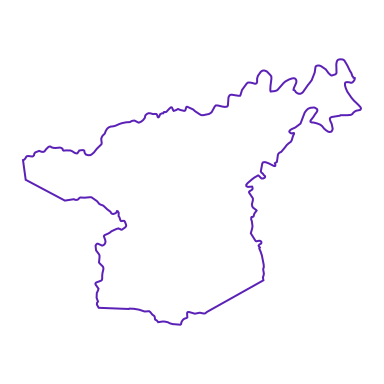 Humuya, Comayagua, Honduras (Albers equal-area conic projection)
{"feature_id": "27666195B63492556097189", "entity_name": "Humuya", "entity_type": "district", "adm_level": 2, "iso_a3": "HND", "parent_name": "Honduras", "parent_adm1": "Comayagua", "projection": "albers", "projection_center": [-87.701, 14.223], "detail": "fine", "context": "isolated", "style": "outline", "palette": "violet", "viewbox_px": 384, "rotation_deg": 0, "n_neighbors": 0, "source": "geoboundaries", "source_scale": "gbopen_adm2", "svg_char_len": 5944}
<svg xmlns="http://www.w3.org/2000/svg" viewBox="0 0 384 384"><path d="M263.4,280.3L262.9,277.3L263.5,275.7L263.9,273.7L263.2,269.6L263.3,268.5L263.8,267.3L263.7,264.7L261.9,255.5L260.6,251.6L259.3,248.6L259.9,247.4L258.9,246.6L258.6,245.6L259.3,244.6L261.1,243.5L261.4,242.8L261.4,242.1L260.9,241.3L259.9,240.8L258.9,240.8L256.3,241.3L255.7,241.0L255.1,240.2L250.8,233.3L252.2,228.3L252.5,226.1L251.8,221.0L251.2,219.5L251.3,217.4L251.6,217.0L252.6,216.9L253.5,216.5L254.4,213.5L256.6,210.6L256.3,210.1L253.1,207.7L252.3,206.5L251.9,204.3L252.9,200.2L252.9,198.7L252.6,197.9L249.3,193.0L249.0,192.2L249.1,191.8L249.6,191.2L251.5,190.1L252.4,189.3L252.6,188.3L252.3,186.9L252.1,186.6L251.8,186.6L248.4,186.9L247.2,186.7L246.3,186.0L246.3,184.7L247.6,183.1L252.2,179.2L254.3,177.6L258.1,175.4L258.6,175.6L261.1,178.1L261.7,178.5L263.4,178.4L264.8,177.6L265.1,176.8L265.0,176.1L263.9,175.2L262.7,173.5L261.4,172.6L260.8,171.4L262.3,163.4L263.0,162.4L264.3,162.1L265.9,162.3L268.8,163.4L273.7,165.9L274.7,166.1L275.2,165.9L275.4,164.9L274.9,163.2L276.9,161.9L277.9,154.9L278.3,153.9L279.3,152.8L281.3,151.8L285.0,147.4L286.7,145.1L288.7,143.3L290.8,141.8L291.7,140.3L293.1,135.7L294.0,134.0L294.0,133.3L293.8,133.0L291.5,133.4L290.8,133.2L289.5,132.1L289.3,131.5L289.5,130.9L290.1,130.2L291.5,129.2L295.3,127.5L300.5,123.6L304.7,112.6L306.3,110.4L308.0,108.8L310.4,107.8L313.9,107.5L314.8,107.7L316.2,108.5L317.0,109.1L317.3,109.8L317.3,110.9L316.5,112.4L315.3,113.9L313.1,117.3L310.7,120.3L310.4,121.1L310.6,121.9L311.5,122.4L313.9,122.6L317.3,123.5L320.3,124.7L322.0,126.0L324.2,128.7L326.2,130.4L328.2,131.7L329.5,132.0L330.8,131.8L331.5,131.5L332.2,130.3L332.7,128.8L331.7,124.0L330.4,121.2L329.9,119.5L329.9,118.4L330.5,117.6L331.8,117.0L339.9,115.7L340.5,115.2L347.3,115.2L350.7,114.9L352.3,114.1L353.4,112.6L355.4,111.1L356.4,110.7L359.9,110.0L360.6,109.5L361.0,108.4L360.5,107.2L358.5,105.0L353.8,100.5L351.5,97.8L347.2,91.5L345.7,87.9L345.0,85.4L345.0,83.5L345.3,82.6L346.2,82.2L347.3,82.1L349.3,82.3L350.9,82.8L351.8,82.7L353.0,81.9L354.1,80.5L354.6,79.6L354.8,78.1L353.5,77.8L353.3,77.1L352.5,76.4L351.2,72.8L350.1,71.2L347.4,65.6L344.5,60.7L343.5,59.8L342.2,59.4L340.0,59.3L338.3,59.7L337.3,60.5L336.7,62.0L336.3,64.2L336.5,72.3L336.4,73.2L335.5,74.3L332.5,75.3L331.4,75.5L330.7,75.1L328.5,73.1L325.8,69.4L321.1,66.2L319.6,65.6L318.2,65.5L317.2,65.6L316.0,66.2L315.5,66.9L314.7,72.5L311.7,80.2L309.9,82.6L307.8,85.2L302.9,92.2L301.9,93.0L300.6,93.7L298.9,93.8L297.3,93.2L295.9,92.2L294.8,90.5L293.5,89.9L293.8,88.2L296.1,83.1L296.4,81.7L296.3,80.3L295.7,79.2L294.9,78.5L293.8,78.2L291.8,78.5L289.0,79.5L285.3,81.5L283.5,83.1L277.9,89.5L276.7,90.5L274.7,91.1L270.7,91.5L270.4,90.8L270.3,89.2L270.5,85.8L271.4,78.9L271.3,76.4L270.4,75.1L266.9,71.5L264.8,70.6L263.2,70.5L261.8,71.0L260.7,71.9L257.9,75.9L257.1,78.6L257.1,81.9L256.8,82.8L256.4,83.4L255.1,83.8L252.4,83.0L250.4,82.6L248.6,82.5L247.7,82.7L246.5,83.8L242.0,90.0L240.5,95.0L240.1,95.7L238.6,95.8L231.7,94.7L230.2,94.9L229.4,95.6L228.5,97.3L227.9,105.3L227.4,106.4L226.2,106.8L224.7,106.9L222.5,106.6L217.9,105.5L215.9,105.4L214.8,106.4L211.7,112.1L210.5,113.1L208.9,114.0L203.1,115.2L201.2,115.1L199.7,114.3L194.9,111.1L193.2,109.5L187.4,106.8L186.7,106.8L186.3,107.1L185.3,110.3L184.9,110.7L184.2,110.9L180.4,110.0L178.0,109.0L176.0,110.1L173.7,110.9L173.1,110.1L172.1,107.8L171.6,107.3L171.0,107.3L169.7,108.3L166.4,111.8L165.5,112.1L164.1,112.0L163.6,112.4L163.3,113.3L161.8,113.4L160.2,114.2L159.0,116.9L158.5,117.3L158.1,117.3L157.7,116.9L157.1,115.0L156.5,114.1L155.0,113.9L153.1,114.1L150.3,113.3L148.6,113.2L147.0,113.9L145.7,115.0L145.2,115.9L144.9,117.7L143.3,119.9L141.4,121.5L139.3,122.5L138.5,122.6L134.6,120.6L133.0,120.7L131.8,121.0L129.8,122.1L126.1,122.3L121.8,123.2L119.4,124.0L115.3,125.8L113.3,126.3L110.7,126.6L108.7,127.4L107.7,128.2L106.8,129.2L105.7,131.1L104.7,133.7L102.7,135.6L101.7,137.3L101.2,139.0L101.7,142.9L101.4,144.3L96.8,148.8L93.9,152.5L91.9,154.2L90.5,155.1L88.2,155.2L86.0,154.6L84.8,153.1L84.2,150.6L83.3,150.1L82.1,150.1L79.3,150.5L77.4,153.3L76.6,153.4L74.9,153.0L72.3,151.3L70.5,150.5L66.6,150.4L63.5,150.6L62.9,150.1L62.5,148.8L61.6,148.1L60.6,147.7L59.5,147.6L55.5,148.0L53.8,147.9L51.7,147.4L50.6,146.6L49.6,146.5L48.5,146.9L46.1,149.2L44.8,151.0L43.9,151.7L43.1,151.9L42.0,151.9L39.1,150.9L35.3,152.4L34.3,153.6L34.0,155.3L33.1,156.2L32.2,156.5L28.1,156.0L27.0,156.2L26.4,156.6L25.0,158.9L23.7,160.0L23.0,160.1L25.7,179.8L64.9,200.6L73.8,199.2L75.4,199.9L76.9,199.9L78.1,199.4L79.4,198.0L80.3,197.5L84.6,197.7L90.1,197.2L91.5,197.3L96.8,201.0L97.9,202.2L99.2,203.9L101.0,204.8L102.8,205.4L103.7,206.0L107.3,209.4L110.4,211.7L111.2,213.1L112.1,213.8L113.4,214.0L115.3,213.3L116.5,212.4L116.9,211.1L117.6,211.1L118.7,212.8L118.6,216.1L119.4,217.2L120.5,220.5L121.0,221.0L121.7,221.1L122.9,220.8L124.2,220.9L124.8,221.5L125.9,224.2L126.2,225.7L125.8,226.7L124.8,227.7L121.8,229.7L120.9,229.6L119.8,228.9L119.2,228.9L118.4,228.4L116.4,229.0L111.4,231.3L109.9,232.6L108.1,233.6L104.7,235.1L104.1,235.7L103.9,236.4L105.2,239.9L105.5,241.8L105.1,243.3L104.5,244.3L103.3,245.2L102.1,245.6L98.2,243.8L97.2,243.7L96.5,244.2L95.6,245.5L95.7,247.3L96.1,250.4L99.0,254.3L99.5,255.4L99.5,257.6L99.0,262.5L99.5,263.2L102.9,266.6L103.2,267.3L103.4,268.3L103.3,269.6L102.5,273.0L102.2,275.6L102.2,278.5L101.9,279.9L101.0,280.7L96.2,282.5L95.7,283.0L95.4,283.6L95.6,284.6L98.5,288.7L98.1,290.2L96.8,293.1L96.6,297.8L98.0,301.6L97.0,302.9L96.9,304.6L98.7,307.8L128.9,309.0L129.3,308.6L133.9,308.8L139.2,309.7L144.6,311.5L149.1,311.2L150.3,312.1L152.4,314.7L154.2,315.9L154.7,316.9L155.1,319.5L156.9,320.6L158.2,322.2L162.6,321.5L164.9,321.6L167.7,322.2L170.1,323.4L172.7,324.1L180.3,324.7L181.0,324.2L181.6,321.7L183.2,319.5L184.4,318.7L186.6,318.0L187.3,317.4L187.1,313.3L187.3,312.5L187.7,312.1L189.0,312.0L194.9,313.7L199.9,312.7L202.9,313.4L204.6,313.5L205.3,313.3L207.0,311.9L263.4,280.3Z" fill="none" stroke="#5b21b6" stroke-width="2"/></svg>